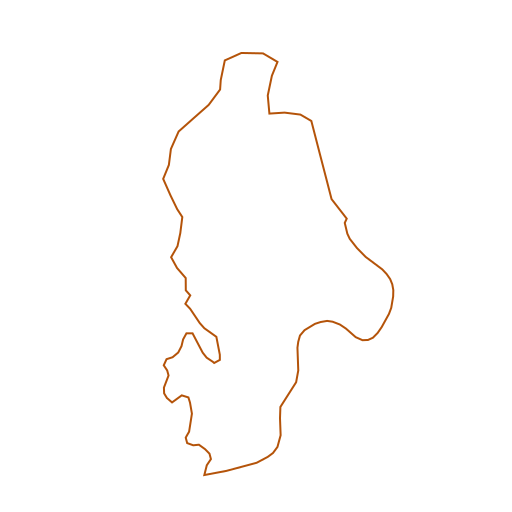 the district of Kumchon, Hwanghae-bukto, North Korea, rotated 345°
{"feature_id": "82179303B1083832537536", "entity_name": "Kumchon", "entity_type": "district", "adm_level": 2, "iso_a3": "PRK", "parent_name": "North Korea", "parent_adm1": "Hwanghae-bukto", "projection": "robinson", "projection_center": [126.491, 38.201], "detail": "fine", "context": "isolated", "style": "outline", "palette": "amber", "viewbox_px": 512, "rotation_deg": 345, "n_neighbors": 0, "source": "geoboundaries", "source_scale": "gbopen_adm2", "svg_char_len": 1526}
<svg xmlns="http://www.w3.org/2000/svg" viewBox="0 0 512 512"><g transform="rotate(345 256 256)"><path d="M353.3,243.4L343.7,220.6L343.9,199.7L344.1,172.8L344.4,139.9L335.5,130.9L320.7,124.9L305.8,121.9L308.9,104.0L318.0,86.0L327.0,74.1L315.2,62.1L294.4,56.1L276.5,59.0L267.5,76.9L264.4,85.9L249.4,97.8L231.5,106.7L213.5,115.7L201.5,130.6L195.4,145.5L186.3,157.5L189.1,175.4L192.0,190.4L194.9,199.3L188.8,214.3L182.7,226.2L173.7,235.2L176.6,247.1L182.4,259.1L179.3,271.0L182.3,277.0L175.4,283.9L178.7,289.9L184.3,306.2L187.4,312.4L196.8,323.8L195.5,342.0L194.2,347.0L187.9,348.5L186.9,347.0L182.0,341.4L179.5,335.6L174.7,314.3L168.8,312.7L164.0,317.7L160.7,323.8L155.9,329.1L149.2,332.2L142.9,332.5L138.6,337.7L140.6,343.6L140.6,348.8L133.0,359.3L131.7,364.9L133.2,370.1L137.0,375.7L148.2,371.4L154.1,375.1L154.3,380.6L153.3,391.7L145.9,408.4L142.6,411.7L141.1,413.3L141.1,418.9L146.4,422.6L152.0,423.5L156.8,429.4L159.9,434.9L159.9,440.5L154.3,445.4L149.4,454.2L171.8,455.9L189.5,455.9L203.1,455.9L215.3,453.1L221.4,450.7L227.3,446.0L233.4,435.5L237.2,418.9L240.5,408.1L262.1,388.3L267.2,377.5L272.3,355.3L274.6,349.8L277.9,344.2L283.7,340.2L295.4,336.8L301.3,336.5L307.9,337.1L313.0,339.3L319.3,343.9L324.1,349.4L331.3,360.2L337.1,364.9L340.3,365.6L342.4,366.1L347.8,365.2L353.6,361.8L359.0,357.2L369.4,346.4L373.2,341.1L378.0,330.6L379.8,324.5L380.3,318.6L379.6,313.0L377.5,307.2L374.5,301.6L361.7,285.3L355.6,274.5L351.0,263.7L350.0,258.1L350.3,247.0L353.3,243.4Z" fill="none" stroke="#b45309" stroke-width="2"/></g></svg>